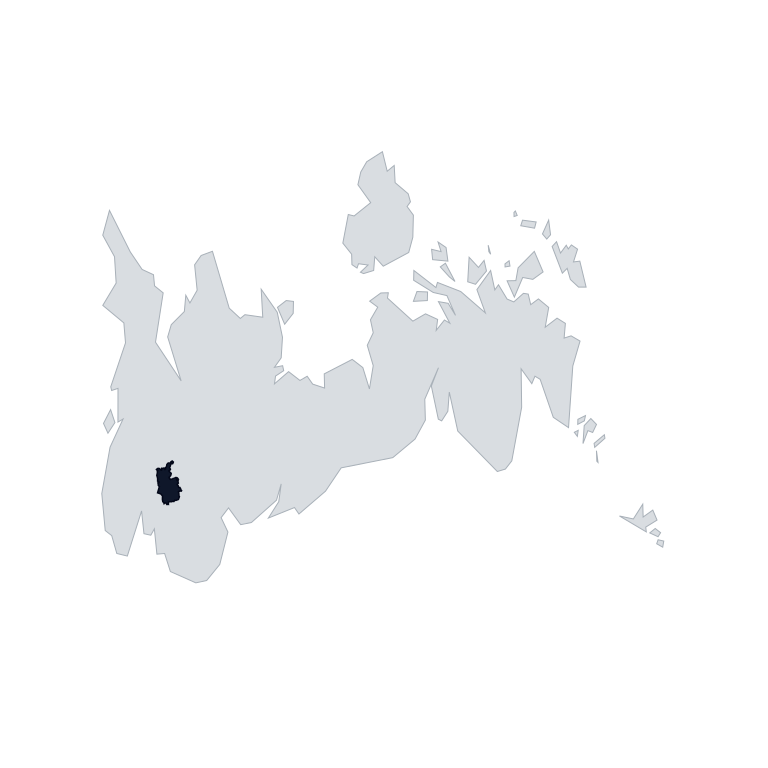 Hertfordshire on a map of United Kingdom (Equal Earth projection), rotated 100°
{"feature_id": "GBR-2042", "entity_name": "Hertfordshire", "entity_type": "Administrative County", "adm_level": 1, "iso_a3": "GBR", "parent_name": "United Kingdom", "parent_adm1": "", "projection": "equal_earth", "projection_center": [-0.306, 51.83], "detail": "fine", "context": "in_parent", "style": "filled", "palette": "ink", "viewbox_px": 768, "rotation_deg": 100, "n_neighbors": 0, "source": "natural_earth", "source_scale": "10m", "svg_char_len": 5306}
<svg xmlns="http://www.w3.org/2000/svg" viewBox="0 0 768 768"><g transform="rotate(100 384 384)"><path d="M416.2,584.3L375.2,605.2L362.5,603.8L347.3,593.2L331.0,594.6L337.9,589.2L324.1,584.3L299.5,591.2L289.2,586.4L283.1,576.0L336.2,549.6L344.4,536.9L339.9,533.0L339.3,515.0L312.0,521.4L331.9,501.6L355.6,492.1L376.1,489.8L386.6,494.8L383.6,487.0L388.3,485.1L395.0,492.2L402.9,491.9L388.4,480.1L395.1,467.4L389.7,461.0L396.5,454.2L398.3,441.8L384.4,444.6L365.3,419.6L371.5,407.7L391.4,397.5L367.8,397.8L348.8,407.2L335.4,403.5L323.1,408.5L309.4,403.5L304.9,412.5L294.9,402.9L293.4,395.6L298.8,395.5L317.1,366.5L307.7,355.3L311.1,342.4L322.1,341.9L310.5,335.6L312.7,329.7L293.4,344.7L293.4,334.8L304.0,325.5L286.0,337.4L285.3,351.4L276.7,372.8L267.0,374.3L280.0,349.6L274.7,349.0L279.6,324.5L296.4,296.5L274.9,308.9L253.7,298.7L272.1,291.2L266.4,288.5L279.0,277.5L280.6,270.4L270.5,262.4L270.4,257.6L280.4,253.3L273.4,246.7L280.0,235.1L300.1,235.1L289.1,225.0L292.8,215.9L307.5,214.6L304.1,208.1L307.7,198.4L333.5,201.2L394.9,194.7L387.4,211.5L352.3,231.0L350.1,236.7L358.0,238.5L345.2,251.6L383.0,244.4L437.5,244.8L446.7,249.7L450.5,257.2L417.5,303.2L380.6,318.3L399.8,316.4L410.3,320.8L409.2,324.4L377.8,337.0L358.5,333.2L391.9,341.2L412.4,337.0L432.9,343.9L455.0,362.6L474.0,411.6L499.7,423.0L526.8,445.2L521.2,450.7L536.1,474.6L518.2,467.2L500.2,467.9L517.1,469.7L543.4,490.5L547.4,500.7L533.0,515.6L543.9,521.2L556.9,512.0L590.2,514.4L608.3,524.5L612.5,534.8L605.8,561.8L589.0,570.6L591.0,578.1L566.5,585.0L573.4,587.4L573.1,594.4L551.1,600.7L598.0,606.9L597.3,617.7L580.6,625.8L576.7,633.1L540.9,642.9L493.8,642.8L463.8,634.9L467.7,639.4L434.5,645.2L437.7,651.1L434.2,652.6L388.4,645.7L369.0,650.8L355.4,674.6L331.1,665.3L305.4,671.5L286.3,686.8L260.7,684.5L298.0,656.8L313.2,642.1L316.4,630.0L327.2,627.0L332.6,617.3L382.5,616.3L416.2,584.3ZM252.4,449.0L223.3,448.6L223.7,442.6L207.7,428.6L192.3,444.3L179.3,443.7L168.1,439.6L155.5,425.9L173.9,417.8L167.0,411.9L183.8,408.0L192.5,393.2L200.0,389.6L205.2,392.1L212.6,384.4L234.4,381.1L250.2,382.5L268.1,405.2L260.3,415.2L274.0,413.9L278.8,423.3L278.0,426.6L269.6,420.4L270.0,430.0L274.5,430.7L272.0,436.3L261.8,438.4L252.4,449.0ZM254.8,209.2L248.7,218.6L238.3,223.7L243.9,227.6L219.4,242.3L213.9,238.8L224.4,232.9L215.7,228.6L219.0,226.0L214.5,223.6L217.6,216.8L230.9,218.6L229.0,212.5L253.5,201.8L254.8,209.2ZM255.1,255.6L255.0,265.9L275.8,270.7L261.0,280.7L259.3,272.1L246.3,272.1L227.3,259.0L246.0,246.8L255.1,255.6ZM470.6,91.5L479.5,101.4L484.1,100.0L473.1,129.2L473.6,115.0L457.4,108.3L470.0,105.7L461.5,97.4L470.6,91.5ZM268.8,319.3L244.4,322.2L252.8,311.2L244.9,306.9L254.9,302.7L269.9,311.2L268.8,319.3ZM330.2,485.7L342.4,492.2L327.0,502.2L318.8,494.8L318.4,487.5L330.2,485.7ZM251.9,342.4L253.1,357.7L243.1,360.5L243.7,350.8L234.8,355.4L238.8,346.6L251.9,342.4ZM395.5,170.1L394.5,175.1L408.1,177.7L390.2,179.6L382.1,174.3L386.9,167.7L395.5,170.1ZM297.5,369.4L287.2,367.6L285.8,357.1L294.3,355.8L297.5,369.4ZM480.4,647.3L471.5,653.4L456.7,648.8L468.7,642.3L480.4,647.3ZM258.9,348.9L254.4,344.5L270.7,331.9L267.2,338.2L258.9,348.9ZM208.1,245.9L213.0,248.9L208.7,254.0L194.0,250.3L208.1,245.9ZM204.4,276.8L198.6,276.0L198.0,262.3L204.4,262.8L204.4,276.8ZM484.5,96.4L479.2,91.8L482.4,85.8L486.8,87.6L484.5,96.4ZM409.8,165.5L406.0,166.8L395.7,158.2L399.1,157.0L409.8,165.5ZM390.1,186.2L385.1,186.9L380.1,180.1L385.5,180.3L390.1,186.2ZM496.3,81.2L494.0,87.7L489.8,87.0L490.1,81.2L496.3,81.2ZM423.1,161.0L412.8,163.2L424.1,159.6L423.1,161.0ZM247.7,285.1L244.7,285.7L240.9,282.2L246.0,280.4L247.7,285.1ZM402.0,184.5L398.5,188.2L395.9,184.7L402.0,184.5ZM235.5,303.7L229.2,305.5L237.7,301.5L235.5,303.7ZM196.5,285.0L192.5,285.8L190.8,284.7L194.9,282.1L196.5,285.0Z" fill="#d9dde1" stroke="#a8b0b8" stroke-width="1"/><path d="M530.5,588.1L524.0,587.4L523.5,588.2L523.2,588.5L522.8,588.8L521.5,589.0L520.7,589.5L520.2,588.6L519.8,588.4L519.4,588.7L519.0,590.1L517.1,590.4L515.9,590.7L513.4,591.9L512.1,591.8L510.6,591.8L509.3,592.1L508.8,591.7L508.3,591.8L508.1,592.9L507.7,593.3L506.5,592.3L506.2,591.2L506.3,590.3L507.5,588.7L507.5,588.2L507.1,588.0L505.6,588.3L505.5,587.1L505.0,586.3L505.1,585.8L506.3,585.1L506.2,584.7L505.5,584.4L504.4,584.8L503.2,583.8L501.2,583.9L499.8,583.3L499.2,582.6L499.2,581.6L499.0,581.1L498.1,580.3L497.5,580.3L496.6,579.2L497.4,577.9L497.9,577.9L499.2,578.3L499.3,578.6L499.1,579.1L500.2,580.1L502.0,580.2L503.7,580.7L505.0,579.5L505.8,579.7L506.7,580.7L507.0,580.7L507.8,579.9L508.3,578.8L509.1,578.0L509.6,578.0L511.3,578.2L513.1,579.4L513.8,579.3L514.1,578.6L515.0,578.2L515.2,577.8L514.6,576.9L514.6,576.0L513.6,575.3L513.5,574.4L512.8,573.6L512.2,572.8L512.2,571.6L512.8,570.6L513.3,570.2L513.5,571.6L513.6,571.9L514.0,571.9L514.8,571.1L514.4,570.4L514.6,570.0L516.3,569.9L517.3,569.3L518.4,570.1L519.0,570.2L519.8,569.1L521.5,568.3L521.3,567.1L522.3,566.2L523.5,565.6L524.1,564.8L524.7,565.0L524.8,565.5L524.6,566.3L525.4,566.9L525.4,567.5L525.8,567.8L527.8,566.9L529.6,566.6L530.4,565.9L531.0,566.0L533.4,566.4L534.8,568.8L534.8,569.9L536.2,570.5L536.3,571.8L536.9,572.9L537.1,574.5L537.7,575.8L539.9,575.4L539.7,576.1L540.3,576.5L540.4,576.9L539.2,577.9L539.1,579.3L540.0,579.8L538.7,580.5L538.4,581.4L536.1,582.2L532.7,582.7L531.0,584.8L530.5,588.1Z" fill="#0f172a" stroke="#020617" stroke-width="1.5"/></g></svg>